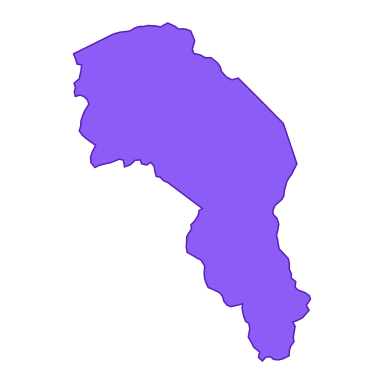 outline of Diamante, Paraíba, Brazil
{"feature_id": "56859067B40702424285398", "entity_name": "Diamante", "entity_type": "district", "adm_level": 2, "iso_a3": "BRA", "parent_name": "Brazil", "parent_adm1": "Paraíba", "projection": "albers", "projection_center": [-38.317, -7.445], "detail": "fine", "context": "isolated", "style": "filled", "palette": "violet", "viewbox_px": 384, "rotation_deg": 0, "n_neighbors": 0, "source": "geoboundaries", "source_scale": "gbopen_adm2", "svg_char_len": 2061}
<svg xmlns="http://www.w3.org/2000/svg" viewBox="0 0 384 384"><path d="M283.3,123.4L271.9,111.9L257.1,96.9L243.6,83.5L238.3,78.1L231.8,79.8L226.1,76.8L221.4,71.3L220.4,67.2L217.6,63.0L211.2,57.7L205.3,57.7L200.3,54.9L193.8,53.4L192.3,49.0L194.7,41.1L193.3,37.1L190.7,31.0L187.0,29.5L183.4,28.8L178.7,29.1L175.2,26.5L171.8,24.8L167.7,23.0L164.0,24.9L160.9,27.0L155.3,25.9L148.2,25.5L143.5,26.5L139.4,26.5L134.8,27.9L130.0,31.0L124.0,31.8L119.9,32.2L113.3,34.1L73.5,53.8L75.8,59.5L77.1,64.1L81.6,64.9L81.0,70.6L79.2,78.9L74.0,83.2L75.5,87.9L74.3,91.7L75.3,96.5L80.0,95.1L84.0,96.5L87.3,99.8L88.9,104.1L86.7,107.6L84.7,110.8L82.8,115.3L81.0,120.7L80.6,126.4L79.2,130.9L82.4,135.3L86.5,138.8L90.9,142.0L95.7,145.5L92.4,151.5L90.5,157.4L91.0,162.7L94.9,167.5L98.7,165.6L105.0,163.8L110.9,162.6L115.0,160.9L119.1,159.2L123.4,160.1L124.5,166.9L130.3,164.8L135.1,160.3L140.2,159.9L141.7,163.9L146.8,165.0L150.8,162.3L154.3,166.7L154.9,171.5L156.3,176.5L160.2,177.1L163.4,180.6L167.7,182.5L202.3,208.5L199.1,210.5L198.2,215.5L194.7,221.0L190.9,224.8L191.5,229.0L188.6,233.2L186.8,236.5L186.6,242.1L186.2,247.1L187.2,252.4L191.7,254.9L196.9,258.0L200.9,260.0L204.7,266.0L204.2,273.2L204.6,278.3L206.0,282.8L208.2,287.5L213.5,289.6L219.9,292.9L222.6,296.6L224.1,301.7L227.1,305.1L230.9,306.7L237.4,305.2L242.8,303.8L242.0,308.1L243.6,315.9L245.5,321.2L248.9,323.5L249.7,328.7L248.3,337.2L251.5,342.7L253.8,347.3L259.6,351.9L258.5,357.5L262.3,361.0L266.0,357.1L270.8,356.9L273.5,359.4L278.6,359.9L283.1,358.7L289.1,355.8L289.4,350.7L290.6,346.3L294.0,341.7L293.3,337.6L295.1,326.3L292.8,322.3L297.5,320.3L302.4,317.9L309.1,310.3L306.4,305.2L310.5,299.2L309.3,295.6L304.4,292.3L297.9,290.0L295.2,287.2L295.7,281.6L291.2,277.9L291.4,273.8L289.2,269.0L289.4,263.7L288.3,258.6L279.2,248.9L278.2,243.6L277.6,239.3L276.5,235.4L278.0,229.3L278.8,224.1L276.9,218.2L273.1,214.3L272.9,210.6L275.1,205.2L279.2,201.9L282.1,199.1L283.9,195.8L284.2,191.5L285.3,187.2L286.8,181.6L289.0,177.8L291.6,174.3L296.9,163.8L283.3,123.4Z" fill="#8b5cf6" stroke="#5b21b6" stroke-width="1.5"/></svg>